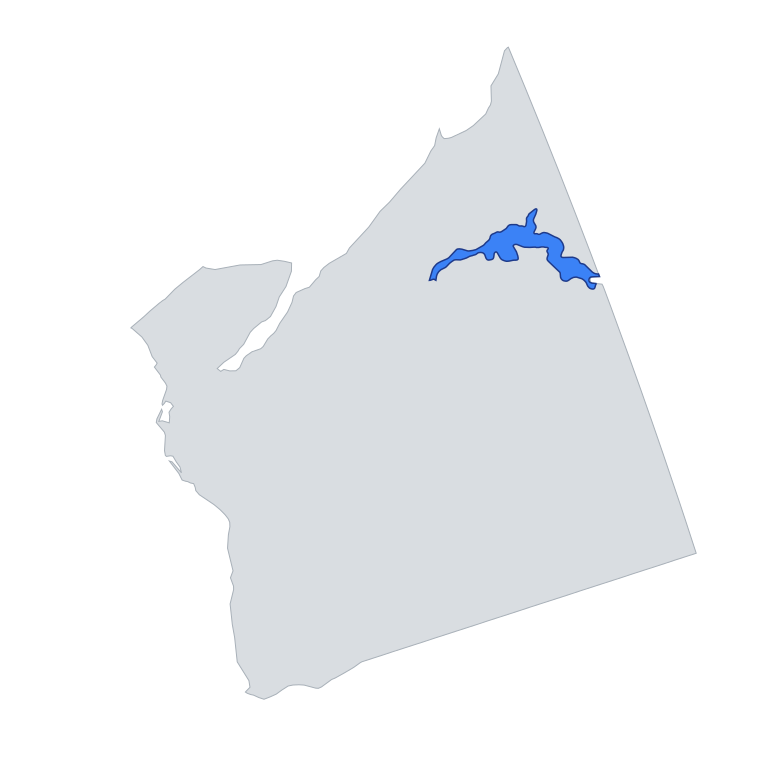 Aswan on a map of Egypt (Albers equal-area conic projection), rotated 249°
{"feature_id": "EGY-1548", "entity_name": "Aswan", "entity_type": "Governorate", "adm_level": 1, "iso_a3": "EGY", "parent_name": "Egypt", "parent_adm1": "", "projection": "albers", "projection_center": [32.505, 23.633], "detail": "fine", "context": "in_parent", "style": "filled", "palette": "blue", "viewbox_px": 768, "rotation_deg": 249, "n_neighbors": 0, "source": "natural_earth", "source_scale": "10m", "svg_char_len": 7397}
<svg xmlns="http://www.w3.org/2000/svg" viewBox="0 0 768 768"><g transform="rotate(249 384 384)"><path d="M653.9,620.8L639.0,621.2L624.1,621.6L609.2,622.0L594.3,622.3L579.4,622.6L564.5,622.9L549.6,623.1L534.7,623.3L519.8,623.5L504.9,623.6L490.0,623.7L475.1,623.8L460.2,623.8L445.3,623.8L430.4,623.8L415.5,623.7L407.0,623.7L408.5,619.3L409.4,616.2L408.5,614.1L405.6,613.5L403.7,614.2L399.1,623.3L396.8,623.6L391.5,623.6L374.2,623.4L356.8,623.1L339.5,622.8L322.1,622.5L304.8,622.1L287.4,621.7L270.1,621.2L252.8,620.7L235.4,620.1L218.1,619.5L200.7,618.8L183.4,618.1L166.1,617.4L148.8,616.6L131.4,615.7L114.1,614.8L114.7,603.9L115.3,592.9L115.8,581.9L116.4,570.9L117.0,559.9L117.6,549.0L118.1,538.0L118.7,527.0L119.3,516.0L119.9,505.0L120.5,494.0L121.0,483.1L121.6,472.1L122.2,461.1L122.8,450.1L123.4,439.2L123.9,428.2L124.5,417.2L125.1,406.2L125.7,395.3L126.2,384.3L126.8,373.3L127.4,362.4L128.0,351.4L128.6,340.4L129.1,329.5L129.7,318.5L130.3,307.6L130.9,296.7L131.4,285.7L132.0,274.8L132.6,263.8L132.3,261.8L130.3,254.2L128.7,244.7L127.0,233.0L126.9,229.2L123.6,217.1L123.4,213.7L124.5,211.3L131.5,201.6L133.7,196.8L135.6,191.1L136.4,186.3L134.9,179.0L133.1,172.3L132.7,165.6L132.7,159.0L136.2,154.7L140.3,150.7L141.9,148.2L144.4,145.4L146.1,144.2L148.9,150.2L155.5,151.6L177.2,147.4L200.8,153.7L213.8,156.2L233.8,161.5L245.9,169.9L249.2,171.1L258.1,171.2L263.7,176.1L286.8,179.1L299.0,184.7L306.0,189.0L310.1,190.4L313.9,190.3L318.9,188.8L325.3,186.0L332.3,182.1L346.8,171.9L351.9,170.1L355.2,170.7L359.2,170.6L361.0,167.8L363.1,165.9L364.5,163.7L366.7,161.1L374.1,160.4L389.0,156.0L387.3,158.2L373.7,163.1L379.5,163.8L385.5,162.2L392.2,161.1L393.5,159.0L394.4,154.9L395.7,154.3L400.4,155.2L414.3,161.5L417.8,161.7L427.6,158.3L429.7,157.6L432.8,159.5L440.1,167.3L437.5,167.2L429.8,160.4L429.1,163.8L424.7,169.6L430.2,172.2L434.7,173.2L437.1,176.5L438.6,179.4L443.0,178.1L446.2,174.2L444.6,171.9L443.5,169.6L444.9,169.6L448.0,171.5L456.8,179.0L459.8,180.6L463.2,180.3L470.4,178.2L472.4,178.5L482.1,175.7L483.2,177.7L484.8,179.7L492.6,177.4L504.8,177.4L514.7,174.8L526.2,168.7L527.1,167.8L527.8,169.3L529.2,173.4L532.8,183.7L536.0,191.7L539.9,202.9L541.2,207.2L541.7,210.2L547.4,222.5L550.8,232.6L553.3,240.9L556.9,252.9L558.5,257.1L556.1,259.3L551.4,267.3L546.7,292.3L539.6,312.0L538.9,324.2L537.8,328.7L534.3,334.9L530.1,341.1L522.5,338.0L510.1,327.4L502.8,317.4L495.0,310.9L487.7,302.2L485.7,296.0L485.8,292.0L482.5,282.2L480.2,277.6L471.3,267.2L468.8,261.7L466.9,259.3L464.9,255.8L461.7,242.3L458.2,233.8L454.3,236.1L455.0,239.7L451.5,244.7L449.4,250.5L451.0,255.2L458.2,262.4L459.7,265.5L461.4,272.3L461.1,281.6L462.3,284.7L467.7,291.6L469.6,295.7L470.8,299.2L472.6,302.4L478.0,308.4L485.8,319.8L493.2,327.4L498.6,331.1L500.9,334.8L501.4,344.4L501.1,349.0L505.8,357.6L507.6,362.0L512.2,365.5L514.3,369.6L516.3,376.2L519.4,395.7L523.4,400.5L536.0,426.1L546.6,442.2L551.8,454.3L559.8,469.0L575.5,501.3L584.7,511.2L588.4,516.7L595.1,520.9L602.4,527.1L595.5,526.6L593.8,527.0L591.5,528.1L590.4,532.0L590.0,535.1L591.2,551.6L593.2,559.9L599.6,575.7L604.2,580.4L606.4,583.4L609.5,585.6L624.0,590.7L632.6,601.9L651.9,615.9L653.8,619.8L653.9,620.8Z" fill="#d9dde1" stroke="#a8b0b8" stroke-width="1"/><path d="M409.8,623.7L407.1,623.7L408.6,619.3L409.6,616.2L409.7,615.0L409.3,613.9L408.3,612.9L407.5,612.5L406.6,612.3L405.7,612.5L404.9,612.9L403.7,614.2L401.6,618.4L401.6,618.2L401.2,617.7L400.8,617.2L398.8,615.7L398.3,615.3L397.9,614.8L397.7,614.3L397.6,613.7L397.8,613.1L398.1,612.3L398.8,611.3L399.4,610.7L400.0,610.2L401.2,609.7L402.3,609.3L403.4,609.2L405.7,609.1L406.8,608.9L407.9,608.5L409.0,608.0L409.8,607.6L411.4,606.4L414.6,602.3L415.0,601.6L415.2,600.8L415.6,599.2L415.6,598.9L415.4,596.2L414.6,593.3L414.5,592.3L414.5,591.8L414.7,591.0L415.0,590.3L415.8,589.0L416.4,588.3L417.1,587.8L417.7,587.5L418.3,587.3L418.9,587.1L419.4,587.1L420.5,587.1L424.3,588.2L424.8,588.2L425.3,588.2L439.7,581.4L441.0,581.0L441.6,580.9L442.1,581.0L442.7,581.2L443.7,581.8L445.7,583.5L446.3,583.8L446.9,583.9L447.5,583.9L448.7,583.7L449.3,583.7L449.8,583.8L450.2,584.1L450.6,584.5L451.2,585.5L451.6,585.9L452.0,586.0L452.5,585.8L453.0,585.3L453.9,583.4L454.2,582.9L454.6,582.4L455.0,581.5L455.5,580.2L456.0,577.4L456.5,576.1L456.9,575.1L457.4,574.6L457.5,574.3L457.9,573.4L459.3,569.0L461.4,564.1L462.6,562.5L466.5,558.3L466.9,557.6L467.2,556.9L467.4,556.0L467.3,555.3L467.0,554.4L466.6,554.1L466.0,554.0L460.0,555.0L455.5,554.8L453.6,554.4L453.1,554.2L452.6,554.0L452.3,553.4L452.1,552.7L452.4,551.5L452.6,550.8L453.0,549.9L453.3,548.6L453.9,544.9L454.5,542.8L454.7,542.3L455.8,540.7L456.7,539.7L457.7,538.7L458.2,538.4L458.7,538.1L459.2,537.9L460.4,537.6L465.9,536.8L466.4,536.6L466.9,536.3L467.2,535.8L467.2,535.1L466.8,534.2L466.4,533.7L465.9,533.4L464.9,532.9L462.8,531.7L462.4,531.3L461.9,530.8L461.7,530.1L461.6,529.3L461.8,527.9L462.1,526.4L462.4,525.7L462.5,525.6L462.7,525.3L463.1,524.9L463.6,524.7L464.1,524.5L465.2,524.3L468.1,524.4L469.1,524.3L469.7,524.1L470.2,523.8L470.7,523.5L471.2,523.1L471.6,522.5L471.7,522.2L472.1,521.7L472.2,521.3L472.7,519.5L472.7,518.6L472.1,516.5L472.0,515.9L472.1,514.4L472.2,513.8L472.2,512.6L472.5,510.2L472.5,509.6L472.1,506.2L472.2,503.5L472.3,502.5L472.3,501.8L472.3,501.7L472.5,499.7L474.2,495.7L474.6,493.9L474.4,493.2L474.4,492.9L474.0,491.1L473.2,488.5L471.3,484.5L471.0,483.7L470.8,483.0L470.3,478.0L469.6,476.2L469.1,475.1L468.3,474.0L467.4,472.9L465.9,471.7L462.2,469.6L463.0,468.9L463.4,468.7L463.8,468.4L464.0,467.9L464.2,467.2L464.2,464.6L464.5,463.5L473.5,470.4L475.2,472.5L476.7,475.2L477.3,476.6L477.6,478.0L478.0,480.9L478.2,487.5L478.5,489.2L478.7,489.9L483.6,500.0L483.6,500.4L483.6,501.3L483.2,502.5L483.1,502.9L482.5,504.0L481.9,505.1L478.2,509.9L477.8,510.8L476.9,514.7L476.5,518.0L477.8,526.4L478.2,527.5L479.3,529.5L480.5,532.8L480.9,533.7L481.6,534.6L482.5,535.4L483.4,536.0L483.9,536.4L484.4,537.0L484.9,538.1L485.1,538.8L485.1,539.4L485.1,540.2L485.1,541.1L485.4,543.7L485.3,544.5L485.1,545.0L484.2,546.5L484.1,547.3L484.2,548.6L485.2,553.1L485.4,553.9L486.7,555.9L487.3,557.0L487.4,557.8L487.5,558.4L487.4,559.0L487.1,560.2L485.5,564.4L485.2,564.9L484.9,565.3L483.6,566.4L483.1,566.9L482.8,567.5L482.2,569.2L481.9,569.7L481.6,570.2L480.7,571.1L480.5,571.8L480.6,572.4L480.9,573.0L481.3,573.4L484.5,575.3L487.1,576.2L487.7,576.5L488.1,576.9L488.5,577.4L489.1,578.5L489.5,579.0L490.4,579.8L490.7,580.2L491.0,580.8L493.0,587.1L493.1,588.4L492.9,588.9L492.5,589.2L492.1,589.2L491.6,589.0L491.1,588.8L488.2,586.6L484.5,582.9L483.5,582.2L482.4,581.9L481.3,581.8L477.6,582.4L477.1,582.4L476.7,582.3L476.2,582.2L475.7,582.0L474.6,581.2L472.6,579.0L472.1,578.6L471.6,578.2L471.1,578.1L470.7,578.2L470.3,578.5L470.1,579.0L469.6,580.5L469.3,580.9L468.4,581.8L468.1,582.5L468.0,583.1L468.3,585.3L468.3,586.7L468.1,587.6L467.8,588.2L467.2,589.2L466.1,590.8L460.2,596.1L458.8,597.7L457.1,599.2L456.3,599.7L455.4,600.2L453.4,600.8L451.2,601.2L448.7,601.1L448.1,601.0L447.0,600.7L445.8,600.1L445.4,599.8L444.9,599.5L443.1,597.3L441.0,595.6L440.5,595.3L440.0,595.1L439.5,595.0L439.0,595.2L438.6,595.5L438.2,596.0L437.7,597.1L434.8,605.4L434.0,606.6L433.2,607.6L432.6,608.3L430.8,609.7L430.3,609.9L429.7,610.1L429.2,610.2L427.6,610.3L427.0,610.4L426.4,610.6L425.9,611.1L425.5,611.6L424.9,612.7L424.1,613.6L423.6,614.1L414.2,618.4L413.2,619.0L412.2,619.8L411.1,621.0L409.8,623.5L409.8,623.7Z" fill="#3b82f6" stroke="#1e3a8a" stroke-width="1.5"/></g></svg>